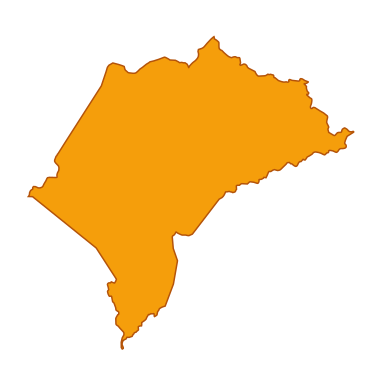 Santa Cruz, Lempira, Honduras, rotated 178°
{"feature_id": "27666195B84616155619024", "entity_name": "Santa Cruz", "entity_type": "district", "adm_level": 2, "iso_a3": "HND", "parent_name": "Honduras", "parent_adm1": "Lempira", "projection": "robinson", "projection_center": [-88.56, 14.362], "detail": "fine", "context": "isolated", "style": "filled", "palette": "amber", "viewbox_px": 384, "rotation_deg": 178, "n_neighbors": 0, "source": "geoboundaries", "source_scale": "gbopen_adm2", "svg_char_len": 5900}
<svg xmlns="http://www.w3.org/2000/svg" viewBox="0 0 384 384"><g transform="rotate(178 192 192)"><path d="M267.2,37.5L266.2,38.0L266.1,38.4L266.2,39.2L267.1,41.6L267.2,42.4L266.9,44.1L266.0,45.9L264.6,46.8L263.1,47.4L262.0,49.1L259.9,48.9L256.9,49.8L256.3,50.8L255.9,51.7L255.3,52.0L254.5,53.4L252.7,53.9L252.4,54.4L250.8,55.6L250.4,56.0L250.3,56.4L250.4,58.2L250.4,59.0L250.2,59.4L248.6,60.0L247.4,59.9L247.1,60.0L246.9,61.0L246.8,63.3L243.6,65.4L242.6,66.3L242.2,66.8L241.7,68.1L239.8,71.0L239.5,71.1L239.0,70.9L238.7,71.0L237.3,71.9L236.5,71.6L234.5,71.8L234.2,71.5L234.0,69.0L233.8,68.8L233.4,69.0L232.3,69.6L231.3,70.4L230.5,73.7L229.5,74.7L228.9,76.1L228.5,76.6L227.4,77.3L225.4,78.2L222.8,78.9L213.8,100.6L208.9,123.8L212.7,136.2L213.3,147.8L212.9,148.7L211.0,150.0L209.4,152.5L209.1,152.5L207.7,151.4L205.0,150.0L203.4,149.3L199.9,149.2L198.2,148.7L196.6,148.5L193.1,149.9L165.1,183.9L162.2,185.4L161.0,186.5L159.9,188.0L158.4,190.9L156.5,191.0L154.8,191.3L153.9,190.9L152.1,190.5L151.6,190.1L151.3,190.0L150.2,190.2L149.1,190.6L148.6,191.0L148.2,192.1L147.4,193.1L147.5,196.2L147.4,196.7L147.2,196.9L146.4,197.1L144.4,197.1L142.6,198.4L142.1,198.6L136.4,198.1L134.3,199.9L133.7,200.2L129.9,199.6L127.2,198.6L126.4,198.4L125.9,198.4L125.4,198.8L125.0,199.4L124.6,200.7L124.6,201.8L124.4,202.1L123.8,202.2L122.6,202.2L121.5,202.6L120.2,203.3L119.6,204.1L117.5,203.7L116.1,206.4L114.9,209.1L114.3,209.8L112.6,209.7L110.4,211.0L108.9,211.5L105.8,210.5L104.6,210.6L103.4,210.9L102.4,211.6L100.0,213.8L97.0,216.5L96.1,217.7L95.5,218.0L93.6,218.1L92.5,216.8L91.8,216.8L91.1,216.5L89.5,215.1L88.5,214.4L87.5,214.0L86.8,214.1L86.3,214.4L85.7,215.1L84.6,217.2L83.6,218.4L83.2,218.6L82.4,218.5L82.0,218.6L79.8,220.8L78.9,220.2L77.9,220.0L76.9,221.1L75.6,223.0L73.4,224.0L70.7,225.6L69.3,227.1L68.5,227.5L67.0,227.7L63.8,227.0L61.5,226.1L59.4,224.9L58.2,224.5L57.7,224.7L55.8,226.4L54.8,226.5L54.4,226.7L54.0,227.3L53.9,228.4L53.3,228.8L52.1,228.7L50.3,228.3L49.4,228.0L47.3,226.9L46.3,226.6L45.8,226.7L44.8,227.5L43.4,229.4L42.7,229.9L41.7,230.2L39.9,230.1L38.5,230.3L37.4,230.6L36.6,231.2L36.3,232.0L36.3,233.0L36.7,234.0L37.6,234.9L37.7,235.7L36.9,238.3L35.2,241.9L34.8,242.4L28.4,246.1L28.3,246.5L28.9,247.0L29.7,246.7L30.5,246.6L31.8,246.7L32.6,247.0L33.6,247.7L34.4,248.8L35.3,249.6L37.1,250.7L38.1,250.4L39.5,249.5L40.1,248.3L40.4,247.1L40.7,246.7L41.5,246.4L43.4,246.4L44.4,246.2L44.9,245.9L46.9,243.8L47.6,243.5L48.0,243.5L48.4,243.7L53.3,246.8L53.4,247.0L53.4,247.8L53.8,248.9L53.9,249.8L53.8,250.6L53.2,251.7L53.1,252.2L53.5,253.3L54.6,255.7L55.0,257.0L54.7,258.8L53.9,261.6L53.9,262.6L54.1,263.3L57.7,266.4L61.1,268.5L66.2,272.0L67.0,272.2L67.8,272.3L68.2,272.1L68.9,271.4L69.5,271.3L70.2,271.4L70.6,271.9L70.7,272.7L70.6,273.6L69.6,276.1L69.2,277.9L69.0,279.5L69.1,280.7L69.5,281.2L70.7,281.9L72.2,283.3L73.9,285.1L73.9,285.4L73.8,285.6L73.0,285.5L72.2,286.0L72.0,286.4L71.9,287.0L72.2,287.5L73.1,288.4L73.5,289.4L74.1,291.9L73.9,293.3L74.0,293.6L76.1,296.1L75.9,296.4L74.8,296.3L73.1,297.0L72.2,297.6L72.0,297.9L72.1,298.1L75.2,299.4L77.7,301.1L79.2,301.5L79.6,301.4L80.1,301.0L80.3,300.6L80.3,300.0L80.5,299.6L81.5,299.1L88.2,300.1L89.8,300.8L90.5,301.0L90.9,300.8L91.3,300.5L91.4,300.1L91.3,299.5L91.3,299.1L91.5,298.8L92.1,298.5L92.6,298.4L94.0,298.8L96.0,298.6L97.3,298.8L99.3,299.4L101.8,300.4L104.9,303.2L106.0,303.5L106.4,305.7L106.6,306.0L109.4,306.9L110.9,306.6L112.0,307.1L114.2,305.8L115.5,305.6L120.1,305.5L121.5,305.5L122.0,305.7L122.6,306.2L123.4,307.2L124.3,308.8L124.7,309.9L125.0,310.3L131.1,313.7L132.2,314.8L132.9,316.5L134.0,317.6L134.8,317.9L135.7,318.1L138.6,317.0L139.1,316.9L139.5,317.2L139.7,317.6L139.0,319.2L139.0,319.9L139.5,323.9L139.9,324.6L142.4,324.8L143.5,325.5L144.3,325.7L146.1,325.5L147.6,324.9L148.5,325.1L149.7,325.6L150.8,326.2L152.6,327.7L155.0,330.0L157.2,332.4L158.5,333.0L159.0,333.5L159.7,334.2L159.9,335.0L160.0,336.6L159.9,339.5L160.0,340.7L160.7,341.5L162.2,342.9L164.3,344.3L164.5,346.3L164.6,346.5L165.9,345.6L167.7,344.1L171.7,340.1L174.5,337.0L175.6,336.0L177.1,335.2L180.6,334.2L181.1,332.3L180.6,329.7L180.9,327.3L182.0,325.3L183.9,323.3L186.8,321.2L188.6,319.5L190.1,317.9L190.9,316.6L191.1,316.8L191.4,317.8L192.4,319.9L194.5,321.4L195.6,321.3L197.8,321.9L199.8,321.7L201.6,322.9L204.0,324.2L209.4,324.7L211.1,325.9L213.0,327.0L214.0,327.5L214.9,327.7L220.5,325.8L225.8,324.3L229.4,323.6L230.8,322.6L233.0,321.4L237.3,318.2L239.7,316.7L241.8,314.7L243.5,313.3L244.2,312.9L245.1,312.7L246.9,312.7L250.8,313.3L251.7,313.6L254.1,315.9L254.7,316.7L255.4,319.8L257.1,320.6L260.9,322.0L266.6,323.7L270.6,321.6L272.1,319.7L272.5,318.7L273.7,315.1L278.9,301.2L316.2,247.2L324.6,234.9L325.2,234.4L325.7,233.2L326.6,232.4L328.1,228.8L328.2,228.1L328.2,227.5L327.8,226.6L327.2,225.7L324.7,222.9L324.3,221.8L324.1,220.8L324.4,218.2L325.7,215.9L326.2,214.5L326.4,213.5L326.3,212.1L326.4,211.5L327.1,211.2L334.0,211.6L335.9,211.3L336.6,210.4L337.5,208.5L339.5,205.4L340.9,202.8L341.4,202.3L342.4,201.8L343.9,201.4L345.0,201.4L345.8,201.6L348.2,202.8L350.1,203.0L350.7,202.5L351.0,202.0L351.1,201.6L351.0,200.9L351.1,200.5L352.9,199.4L353.7,198.4L354.4,196.8L354.5,195.4L354.8,194.6L355.2,193.8L355.7,193.2L351.5,192.9L289.7,139.4L270.6,107.5L271.3,105.6L272.5,103.8L272.9,103.8L273.9,104.1L275.7,105.0L276.0,104.9L276.2,104.4L276.6,104.1L277.0,104.0L277.8,104.1L278.3,104.1L279.0,103.7L279.5,103.2L279.7,102.7L279.7,102.2L279.1,99.9L278.7,97.5L278.9,96.9L279.7,96.1L279.9,95.3L279.4,93.0L278.5,91.0L278.1,90.7L277.7,90.6L276.5,90.8L276.0,90.4L275.2,85.4L274.9,84.8L274.1,84.1L273.7,83.4L272.3,79.0L272.1,77.0L271.8,76.4L270.5,75.4L269.8,75.1L269.4,74.2L269.4,73.4L269.6,72.4L270.0,72.1L270.5,71.9L271.9,69.7L272.5,68.5L272.6,67.8L272.6,63.0L272.5,62.4L272.2,61.9L271.4,61.2L270.5,60.6L268.7,58.3L265.5,54.6L265.0,53.6L265.0,52.6L265.1,51.5L266.8,48.7L268.0,44.3L268.1,39.0L267.2,37.5Z" fill="#f59e0b" stroke="#b45309" stroke-width="1.5"/></g></svg>